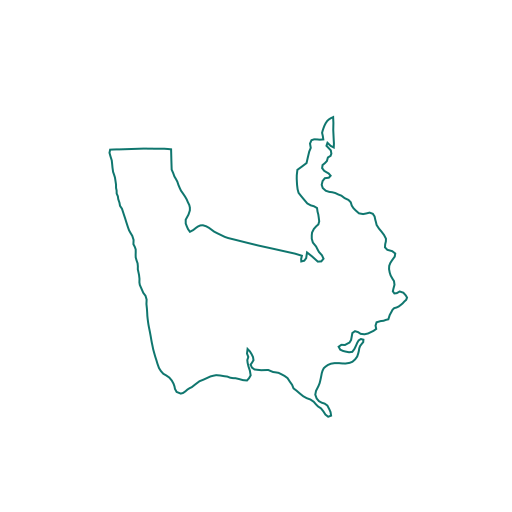 Likoni, Coast, Kenya, rotated 143°
{"feature_id": "3690345B67191049823154", "entity_name": "Likoni", "entity_type": "district", "adm_level": 2, "iso_a3": "KEN", "parent_name": "Kenya", "parent_adm1": "Coast", "projection": "robinson", "projection_center": [39.624, -4.1], "detail": "fine", "context": "isolated", "style": "outline", "palette": "teal", "viewbox_px": 512, "rotation_deg": 143, "n_neighbors": 0, "source": "geoboundaries", "source_scale": "gbopen_adm2", "svg_char_len": 5063}
<svg xmlns="http://www.w3.org/2000/svg" viewBox="0 0 512 512"><g transform="rotate(143 256 256)"><path d="M308.5,428.7L310.9,426.6L312.2,423.3L313.7,419.1L315.8,415.6L317.4,413.0L319.5,409.2L320.5,406.1L321.4,403.6L323.0,400.6L324.8,397.3L326.8,394.6L327.9,392.2L329.7,389.7L330.4,386.8L331.8,384.3L333.0,380.7L334.4,377.9L334.6,374.4L335.8,370.9L336.9,367.7L337.8,365.0L339.1,361.4L340.9,356.2L341.9,353.0L342.3,350.3L342.7,346.5L344.1,342.5L346.8,339.2L347.3,336.3L348.1,333.7L349.8,331.4L351.4,329.4L352.9,327.3L354.0,324.5L355.0,321.4L356.6,318.8L358.4,316.5L359.6,313.9L360.8,311.3L362.8,307.9L365.0,305.1L366.2,302.8L367.1,299.0L368.2,294.4L368.2,290.7L369.6,287.0L372.4,283.6L375.0,279.3L377.1,276.1L378.8,273.6L380.3,271.1L381.9,268.3L383.1,266.1L384.2,263.9L385.3,261.6L386.4,259.3L388.4,255.3L390.1,252.0L391.5,249.2L392.8,246.4L394.2,243.5L395.6,240.0L397.1,236.1L398.3,232.6L399.5,229.4L400.9,224.9L401.2,221.3L400.9,217.7L399.6,214.7L398.4,211.1L398.2,207.2L398.7,203.7L399.6,200.9L400.7,198.6L401.2,195.2L398.9,191.4L396.7,190.5L393.8,190.4L391.1,190.6L388.6,190.4L386.2,189.9L382.0,190.0L376.5,190.0L372.5,188.9L368.0,187.9L364.8,187.2L362.0,186.0L359.5,184.8L356.5,182.1L353.7,179.1L351.5,177.0L349.9,174.4L347.9,172.3L345.9,170.7L343.4,167.7L341.1,164.7L338.1,162.0L335.1,162.6L332.1,163.9L329.9,168.1L328.5,172.3L327.0,175.7L325.6,178.1L322.9,180.0L321.9,183.5L318.7,186.8L318.3,183.4L318.6,180.2L319.2,177.1L320.7,174.3L323.4,173.2L325.7,172.5L326.4,169.4L325.5,166.3L323.1,164.0L320.5,161.6L317.5,159.5L314.8,157.6L313.5,155.3L312.2,153.1L310.2,151.1L308.3,149.1L306.7,145.9L305.4,143.1L304.3,139.5L304.6,135.3L304.7,131.4L305.7,127.7L304.7,124.2L303.8,120.0L302.7,115.6L301.1,112.0L298.9,108.6L297.6,104.8L297.4,101.5L297.0,98.5L295.8,95.2L295.7,91.3L296.0,87.6L295.1,84.2L292.1,83.3L290.4,86.5L289.7,89.5L289.0,93.6L290.0,96.8L291.8,99.3L293.1,102.2L293.3,105.7L292.1,109.6L289.2,112.2L286.9,113.3L284.3,114.6L281.8,116.1L279.8,117.7L277.8,119.4L275.9,121.1L273.9,122.9L271.8,124.4L269.4,125.6L267.0,125.8L264.1,125.7L261.0,124.9L257.8,123.2L254.3,120.6L251.9,118.4L249.3,116.3L245.5,114.3L242.6,113.5L239.0,113.8L235.7,114.8L233.1,116.6L231.0,118.3L229.0,120.2L226.9,121.5L224.4,122.2L222.2,122.7L220.6,124.5L222.2,126.6L224.8,126.8L227.3,125.8L230.1,124.2L233.4,122.5L236.8,121.5L239.6,123.1L242.1,125.9L243.7,127.9L245.1,130.5L244.6,133.8L241.3,133.7L238.5,131.4L235.7,131.0L233.4,130.6L230.6,131.7L228.2,133.9L225.4,136.5L222.2,136.4L220.3,133.8L219.3,130.9L216.5,128.2L213.2,126.7L210.2,126.1L207.3,125.5L203.9,125.4L202.4,128.5L199.6,130.5L195.6,129.0L193.1,127.5L190.7,126.8L188.4,125.8L184.7,128.4L181.4,129.9L179.3,130.9L177.0,131.2L174.8,130.3L172.5,129.8L169.9,129.8L167.5,129.9L164.9,130.4L162.5,130.6L160.4,131.9L160.1,134.4L160.4,138.0L162.6,141.2L165.9,141.6L168.0,142.8L168.0,145.4L165.9,147.2L162.7,149.7L160.9,152.9L160.7,155.6L160.2,159.4L159.2,162.3L157.6,165.5L155.5,168.0L152.9,169.6L150.2,170.6L148.0,171.3L145.6,172.0L143.3,174.2L144.3,177.9L147.4,181.9L147.8,185.3L145.7,187.7L143.5,189.5L141.8,191.6L141.1,195.8L141.1,199.9L141.3,203.9L141.0,208.2L139.9,210.7L138.9,213.2L137.5,216.2L137.3,219.4L139.2,222.3L142.1,223.5L145.2,225.0L148.1,228.1L149.0,232.5L149.4,235.6L149.2,238.6L148.0,241.9L148.4,245.1L150.4,248.9L151.5,252.8L153.2,255.5L154.8,258.6L156.8,261.1L158.9,263.1L161.0,266.1L161.8,270.1L160.7,273.3L157.7,275.8L154.2,276.7L150.7,274.7L148.1,275.2L148.3,278.2L149.3,280.5L150.3,283.0L150.3,286.4L148.1,288.6L145.1,288.7L142.2,289.2L139.3,291.4L136.2,291.1L134.2,292.4L132.7,295.3L133.0,298.2L133.4,301.6L130.8,303.4L130.1,299.0L128.6,295.9L126.1,298.9L124.3,301.6L118.5,310.1L114.1,315.7L110.8,320.5L113.2,321.0L115.5,321.2L117.8,321.0L120.5,320.1L122.9,318.9L125.0,317.6L127.2,316.1L129.1,314.6L130.5,311.5L132.1,308.6L135.2,310.6L137.2,312.5L139.4,314.2L142.0,315.1L145.2,313.3L147.2,309.4L150.6,307.4L155.7,303.2L159.7,299.8L165.4,299.8L171.1,299.9L173.0,297.9L174.8,296.0L176.9,293.3L178.6,290.8L180.4,288.1L182.6,284.3L184.0,280.8L183.9,276.7L183.7,272.3L183.4,267.1L181.8,263.5L179.8,260.9L178.4,257.6L180.2,254.3L181.3,251.6L182.9,248.7L184.7,245.6L187.2,243.7L190.0,243.5L193.5,242.8L197.1,241.0L199.0,239.0L201.1,236.2L202.5,232.5L202.3,227.4L202.9,224.1L203.3,221.3L202.9,216.9L203.7,213.2L207.1,212.4L210.0,214.3L211.5,222.0L213.1,228.1L215.1,226.2L217.2,224.1L220.3,223.2L223.1,224.4L221.7,226.5L219.2,228.6L223.5,234.5L228.2,240.0L237.9,251.4L247.7,262.8L255.2,272.0L262.7,281.3L264.9,284.0L267.5,287.2L269.4,290.0L271.6,294.3L273.2,297.4L274.8,300.7L275.7,303.8L276.6,306.8L277.9,309.7L279.9,312.5L282.0,313.9L284.6,314.5L286.9,314.6L290.5,314.5L294.2,315.1L294.1,318.4L293.4,321.4L292.6,324.2L290.3,327.3L285.0,329.7L281.4,332.2L279.7,334.4L278.6,336.9L278.0,340.1L277.3,342.9L276.9,346.2L276.7,349.9L276.6,353.3L276.0,356.2L275.2,359.4L274.1,362.7L273.6,365.8L273.3,368.6L272.2,372.2L271.4,375.7L265.4,384.2L259.6,392.3L262.0,394.5L264.5,396.7L272.8,403.0L281.1,409.4L291.2,416.5L301.3,423.6L303.7,425.4L305.7,426.8L308.5,428.7Z" fill="none" stroke="#0f766e" stroke-width="2"/></g></svg>